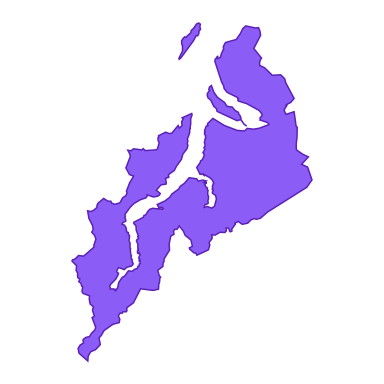 Kvæfjord nor, Troms, Norway (Albers equal-area conic projection)
{"feature_id": "86288312B34366506977107", "entity_name": "Kvæfjord nor", "entity_type": "district", "adm_level": 2, "iso_a3": "NOR", "parent_name": "Norway", "parent_adm1": "Troms", "projection": "albers", "projection_center": [15.952, 68.656], "detail": "fine", "context": "isolated", "style": "filled", "palette": "violet", "viewbox_px": 384, "rotation_deg": 0, "n_neighbors": 0, "source": "geoboundaries", "source_scale": "gbopen_adm2", "svg_char_len": 6003}
<svg xmlns="http://www.w3.org/2000/svg" viewBox="0 0 384 384"><path d="M267.6,212.0L306.8,187.3L312.0,179.9L307.6,167.1L301.6,164.3L308.4,156.9L302.5,154.1L296.4,149.8L296.2,144.4L297.0,137.2L297.2,127.1L296.1,126.2L294.1,111.7L286.0,114.4L284.0,110.1L286.2,106.5L285.8,106.7L286.3,104.6L290.7,102.5L294.1,98.5L285.9,83.0L284.7,78.8L283.1,77.1L280.6,74.8L272.3,75.3L264.5,67.7L259.8,65.5L259.5,63.0L260.4,59.7L261.6,58.2L253.8,48.5L260.6,35.3L259.9,30.9L258.5,27.6L255.6,28.0L245.8,25.9L242.9,28.4L240.5,33.3L236.2,39.5L225.5,42.5L223.6,45.9L223.3,47.6L223.7,48.6L221.3,53.9L220.5,57.3L217.4,58.6L216.9,57.9L217.7,56.5L217.2,56.5L216.5,58.1L215.4,58.8L214.8,61.1L221.6,82.0L223.5,85.5L224.2,88.7L227.0,92.3L237.5,97.5L238.0,98.1L237.7,98.4L237.8,98.8L238.3,98.8L237.9,100.5L238.3,101.0L246.8,103.7L259.2,110.5L262.1,114.3L261.8,115.9L260.0,117.9L260.3,119.7L260.0,120.0L267.1,122.4L268.6,123.5L268.6,124.7L259.3,128.2L253.5,129.2L247.3,128.4L244.6,130.8L242.3,130.8L237.2,130.4L224.4,125.5L212.9,118.4L207.8,123.4L207.5,124.2L207.9,125.7L206.2,126.1L204.5,130.9L205.1,132.3L204.6,132.5L204.5,134.2L205.6,135.7L205.4,136.3L205.8,137.8L205.0,139.0L205.3,139.2L204.3,142.5L205.0,144.1L204.9,146.1L203.9,147.7L204.9,149.1L203.1,152.4L203.5,152.3L204.2,155.5L202.3,159.7L200.5,161.0L200.4,162.2L196.7,167.5L200.0,174.3L202.6,174.1L203.8,175.2L203.7,174.3L209.4,177.4L212.2,179.9L213.6,182.8L212.3,186.4L212.8,188.1L212.1,189.1L213.3,190.4L212.4,191.8L212.4,193.2L215.6,195.5L216.4,198.9L214.5,206.3L211.7,208.1L207.2,206.5L204.1,207.4L204.8,204.9L208.0,203.6L208.2,202.3L207.8,200.7L208.4,199.2L208.5,196.0L207.8,195.1L207.7,192.2L208.1,190.4L207.5,190.0L207.2,187.8L206.0,187.0L204.6,184.0L206.2,183.4L206.3,182.6L204.0,182.3L206.2,180.9L202.7,180.1L198.2,181.1L196.7,178.8L189.2,177.7L184.3,183.4L180.2,186.3L178.6,189.1L172.0,193.9L169.7,197.3L164.9,201.0L157.2,204.5L158.7,207.5L162.3,207.4L163.2,208.5L162.5,209.3L152.6,208.3L149.9,209.2L147.9,211.2L145.8,214.8L143.9,215.5L143.3,217.3L133.9,222.2L133.8,223.5L136.0,226.0L136.2,230.1L138.4,236.1L137.7,236.5L138.6,238.6L137.0,239.5L136.4,241.0L137.8,243.9L137.8,248.2L138.4,249.1L137.9,249.5L138.3,250.5L137.4,251.1L137.6,253.1L138.3,253.7L139.1,252.8L140.2,254.3L138.9,257.3L138.9,258.6L139.4,259.0L139.2,260.4L139.9,260.3L139.4,261.3L140.3,262.4L140.3,263.5L139.2,264.1L139.2,265.8L138.0,266.3L137.1,268.6L134.5,269.3L132.3,271.3L128.4,270.8L124.7,276.1L122.2,277.3L118.8,282.4L117.4,288.5L115.9,289.3L116.0,290.4L115.6,291.1L115.8,290.4L115.2,290.7L113.9,288.9L110.2,289.0L110.2,287.6L109.7,286.7L110.4,284.6L115.8,279.1L118.3,274.4L118.5,273.2L117.1,272.4L116.7,271.0L118.5,267.5L124.2,269.6L127.0,267.2L131.5,266.1L133.0,264.4L133.1,263.1L132.2,261.9L132.1,259.3L131.1,258.3L131.1,256.5L131.5,255.9L130.7,254.2L130.3,249.4L130.6,248.6L130.0,247.9L130.1,243.2L129.0,240.8L129.6,235.8L128.2,233.6L128.3,232.5L126.7,231.9L126.2,228.0L124.6,225.2L122.0,224.2L122.8,222.7L125.7,221.2L125.8,220.2L124.8,217.5L125.4,216.8L124.9,214.5L129.9,207.6L133.7,203.7L140.4,199.7L145.9,197.9L147.2,196.1L147.2,194.9L153.4,197.0L157.8,196.2L159.7,194.8L160.2,193.4L156.3,190.3L160.9,184.9L166.0,184.1L166.3,182.8L165.5,178.2L168.6,177.5L168.8,176.5L168.4,176.5L168.4,175.0L168.8,174.4L174.3,170.5L176.5,166.2L181.4,159.4L182.9,154.1L187.0,148.8L187.9,145.5L187.3,143.4L187.9,140.6L187.3,139.2L189.6,133.1L189.8,128.9L190.3,128.7L190.2,126.3L190.7,124.6L190.7,118.9L192.1,114.8L191.7,113.5L182.1,117.8L183.2,118.8L181.6,121.8L182.1,125.6L179.3,128.0L178.1,125.5L171.9,133.1L169.3,133.6L165.7,132.2L158.5,135.7L158.7,137.0L158.0,137.7L158.1,140.6L159.2,142.8L157.5,148.7L156.5,149.8L145.2,150.6L143.2,148.6L141.9,149.9L133.4,148.8L131.1,150.8L127.8,150.2L129.7,153.8L130.3,156.5L125.9,167.9L129.5,174.6L133.6,176.1L129.5,183.1L126.4,191.3L127.1,192.7L125.8,195.7L122.7,197.7L120.0,202.7L115.0,204.3L111.8,203.2L110.8,201.2L107.7,201.1L103.7,198.4L97.8,203.4L96.9,205.8L97.0,207.4L93.3,210.5L90.7,211.5L87.6,210.8L88.9,218.4L92.5,225.5L93.2,229.5L91.7,232.2L94.5,235.3L95.9,239.1L93.9,245.1L93.9,247.2L83.7,256.1L78.5,255.5L75.2,258.9L72.4,259.9L72.0,261.1L76.6,265.8L76.1,270.4L77.7,273.3L77.5,275.4L77.9,277.8L79.8,278.9L78.8,281.7L81.0,283.3L81.6,286.0L82.7,286.8L82.0,290.8L82.3,292.3L83.2,293.5L89.5,295.8L89.3,299.6L90.1,304.0L93.6,307.0L92.7,308.8L92.6,310.7L94.4,316.1L92.1,317.6L95.7,327.4L95.0,329.7L91.5,333.3L89.4,336.7L86.1,337.3L83.2,339.4L83.0,340.3L83.5,343.0L80.2,345.0L78.1,348.4L79.0,353.2L87.8,361.0L88.2,356.1L90.6,351.8L95.5,349.7L100.3,344.6L99.0,337.8L101.2,335.6L104.0,330.6L112.9,324.3L119.2,322.6L119.8,319.2L118.4,316.0L119.0,314.6L120.2,313.1L122.3,313.1L123.1,311.8L126.4,311.7L126.9,310.6L126.8,307.7L133.4,302.9L140.6,288.8L153.1,290.4L158.5,289.2L158.8,284.2L159.6,282.0L159.8,278.2L160.6,277.3L159.1,275.2L157.8,270.3L162.9,266.5L163.1,263.0L164.0,261.7L164.1,258.9L169.5,250.2L169.2,243.8L170.8,236.1L174.0,234.3L173.6,231.3L174.6,229.4L177.3,229.1L179.2,225.9L183.4,231.2L185.2,235.4L190.9,240.0L192.4,246.4L189.3,247.9L189.6,249.1L194.0,252.9L195.8,253.1L196.9,255.2L208.4,249.9L209.8,245.1L209.1,242.5L212.0,238.7L212.2,237.2L211.6,234.9L215.2,235.1L219.9,232.3L224.9,232.5L226.3,231.0L226.2,227.9L228.5,228.1L229.9,231.6L230.8,231.7L232.0,231.0L231.7,229.2L235.4,224.1L234.9,223.2L238.2,221.5L242.2,224.3L247.7,223.2L250.9,220.0L254.0,218.6L256.5,219.3L260.5,218.2L267.6,212.0ZM224.5,102.4L217.5,97.4L213.8,92.1L211.4,85.5L209.5,87.0L208.8,89.5L209.5,90.5L207.3,93.6L207.3,95.6L207.9,97.7L210.9,100.4L213.8,106.4L216.4,108.6L217.1,111.4L237.1,120.7L240.7,119.6L244.1,124.3L246.8,126.1L244.2,124.3L240.9,119.6L241.0,118.2L240.0,115.5L238.6,113.8L238.5,112.4L235.1,110.5L232.1,107.0L227.0,106.3L224.5,102.4ZM196.1,35.8L197.8,35.7L198.9,33.4L198.9,31.4L200.6,29.1L199.8,26.9L200.4,24.2L198.8,23.0L196.6,23.9L193.6,28.3L191.2,30.5L190.8,32.7L185.9,37.3L184.9,36.8L183.4,38.0L181.6,40.8L181.8,44.5L182.5,45.7L182.5,51.0L178.9,58.3L179.2,59.3L181.0,57.8L193.5,40.7L196.1,35.8Z" fill="#8b5cf6" stroke="#5b21b6" stroke-width="1.5"/></svg>